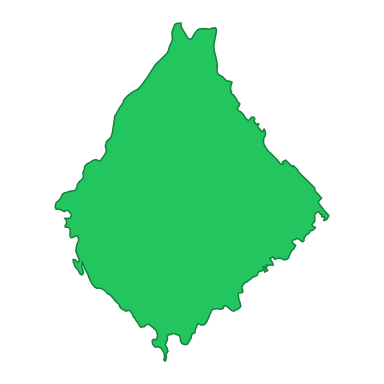 outline of Lapusnicu Mare, Caras-Severin, Romania
{"feature_id": "2599482B82081926403008", "entity_name": "Lapusnicu Mare", "entity_type": "district", "adm_level": 2, "iso_a3": "ROU", "parent_name": "Romania", "parent_adm1": "Caras-Severin", "projection": "orthographic", "projection_center": [21.88, 44.901], "detail": "fine", "context": "isolated", "style": "filled", "palette": "green", "viewbox_px": 384, "rotation_deg": 0, "n_neighbors": 0, "source": "geoboundaries", "source_scale": "gbopen_adm2", "svg_char_len": 5963}
<svg xmlns="http://www.w3.org/2000/svg" viewBox="0 0 384 384"><path d="M182.7,343.9L184.6,344.6L185.7,344.6L187.6,344.1L189.4,340.9L191.1,338.2L191.9,334.0L194.6,333.0L195.1,332.0L195.2,330.4L195.7,328.4L196.5,327.1L197.0,325.2L197.6,324.1L198.6,324.0L201.5,325.1L203.3,325.0L204.4,324.4L205.7,323.4L206.6,321.9L208.1,318.9L211.3,311.1L212.9,309.2L217.6,308.7L220.8,309.3L223.4,308.3L223.4,307.2L224.2,306.0L225.2,305.9L226.2,306.2L227.1,306.5L228.1,307.3L230.2,309.4L231.8,310.5L234.0,311.2L235.1,310.3L238.6,308.7L240.2,307.2L240.8,306.0L239.9,302.4L238.8,299.0L238.2,293.8L239.4,292.9L242.1,292.7L242.9,291.7L242.7,290.1L242.0,288.6L241.9,286.9L242.8,285.4L245.0,282.6L245.9,282.4L247.1,281.8L248.5,280.4L250.5,279.3L251.3,278.5L251.8,277.8L256.4,275.8L257.3,275.1L258.2,272.4L260.0,271.2L261.3,271.2L263.0,269.9L264.3,271.0L264.7,272.1L267.7,270.5L267.2,269.5L265.9,268.6L263.0,267.8L263.1,266.8L263.6,266.7L265.9,267.6L266.5,267.4L266.9,266.6L266.5,266.0L266.2,265.3L267.5,265.5L269.4,265.1L271.6,265.0L273.0,265.3L273.1,264.9L272.8,263.4L272.0,261.8L270.0,258.7L272.9,256.8L274.9,259.4L277.4,258.3L280.3,258.0L283.4,259.7L285.7,259.7L287.3,259.1L288.6,257.8L289.4,255.3L291.3,251.3L294.0,248.5L295.6,245.3L293.8,243.9L293.0,243.1L292.0,241.6L292.8,240.1L294.3,239.6L295.7,239.6L296.6,238.4L298.7,239.0L299.9,239.9L301.7,241.6L303.1,241.6L304.0,240.7L303.9,238.9L304.4,237.8L305.0,236.7L305.6,235.6L307.1,234.3L309.2,233.2L310.6,230.7L312.2,230.4L313.8,229.6L315.5,227.5L314.0,226.8L313.4,226.3L312.6,225.9L312.0,224.6L312.7,223.4L314.0,222.4L314.7,221.5L314.7,220.5L314.9,219.3L314.9,218.1L314.6,216.6L315.0,214.3L316.4,212.7L318.1,212.1L319.4,212.1L319.7,212.5L320.2,214.1L320.7,214.5L321.7,214.5L321.9,214.6L321.7,216.4L322.2,216.9L322.8,217.2L323.7,216.7L324.1,216.6L324.5,217.5L324.6,218.3L323.7,220.2L324.2,220.7L326.6,219.5L327.4,218.4L328.7,216.0L328.6,215.2L324.2,210.6L321.2,206.5L318.9,203.6L318.1,202.3L318.6,201.9L319.4,200.5L321.6,198.1L314.9,190.7L314.7,187.8L297.9,171.4L297.9,170.1L293.4,165.6L292.1,166.5L285.7,160.1L282.4,161.9L283.4,163.8L280.7,164.0L279.6,163.1L279.0,162.0L277.6,160.3L274.0,156.7L270.5,153.0L268.2,151.2L265.2,146.6L263.5,143.0L263.7,140.7L263.7,138.3L265.1,136.1L265.6,133.3L264.9,130.3L264.1,129.1L263.4,130.1L263.2,131.5L261.8,131.7L260.3,129.7L258.5,127.9L257.5,125.9L258.0,125.5L258.4,125.1L258.6,124.5L258.7,123.9L257.4,123.8L256.0,124.1L255.3,122.8L254.5,122.2L253.8,121.3L254.5,119.9L254.8,118.4L253.7,117.3L252.4,117.0L251.5,117.2L250.2,118.7L249.1,120.4L248.0,120.2L246.8,119.4L245.8,118.3L242.7,113.5L240.8,111.9L238.2,110.4L237.3,108.8L239.4,105.2L239.8,103.9L239.2,103.1L238.2,102.2L237.3,101.2L236.5,99.0L233.8,95.3L231.6,93.7L231.1,92.9L231.6,91.7L230.8,89.9L230.4,88.1L232.0,82.2L230.8,81.6L229.4,81.2L228.0,81.0L226.6,80.9L222.5,76.7L220.1,75.5L217.9,74.0L216.9,70.5L217.4,67.0L217.1,63.8L215.9,57.2L214.2,50.7L213.8,45.2L216.3,32.0L216.4,29.2L215.3,27.7L214.1,28.5L213.8,28.2L213.5,27.9L212.7,27.9L211.0,28.8L210.1,29.0L209.2,29.1L208.3,29.1L206.8,28.7L202.8,28.7L199.3,29.0L197.5,30.0L195.5,32.3L192.7,36.6L191.4,39.3L188.7,38.7L187.6,37.7L181.1,26.8L181.0,23.0L176.4,23.5L174.7,24.6L172.7,29.7L171.9,33.3L172.4,39.3L172.4,39.5L171.9,41.1L171.3,42.6L170.6,44.1L169.8,45.5L168.4,50.5L166.9,53.5L155.5,64.5L151.3,70.9L147.2,77.5L140.1,87.0L137.4,89.5L132.6,91.9L127.5,95.9L124.0,99.7L122.9,103.0L119.8,107.5L116.0,114.3L114.7,116.0L114.4,119.4L112.3,133.0L110.8,137.4L108.9,139.4L106.8,141.2L105.4,145.3L105.4,146.3L105.6,147.3L105.8,148.3L106.1,149.3L106.2,151.8L104.2,155.4L100.7,160.2L99.1,161.1L97.1,159.9L94.6,159.8L91.9,160.9L90.4,162.3L88.5,163.0L86.7,164.1L84.9,166.1L84.2,169.8L82.9,172.5L83.4,176.4L83.1,178.1L81.3,180.0L79.3,181.7L77.5,184.3L76.7,187.8L75.6,189.8L74.1,190.6L70.1,191.2L68.7,191.6L66.8,192.3L64.9,192.8L63.5,193.4L62.4,194.3L61.6,195.8L61.0,197.3L58.6,200.8L57.0,201.7L55.8,203.4L55.4,205.5L55.3,207.6L56.2,209.4L57.8,209.1L59.5,209.3L62.0,210.3L64.3,211.6L65.6,210.8L67.2,210.3L68.7,211.1L71.0,214.1L71.2,215.9L70.1,218.0L67.5,218.5L66.2,218.2L64.8,218.4L65.6,219.3L66.3,220.3L66.3,220.5L66.6,221.8L66.5,222.8L66.2,223.8L65.7,224.8L65.1,225.6L65.3,227.2L66.9,227.2L68.5,227.6L69.3,228.1L69.9,228.8L70.1,229.1L70.1,231.1L70.1,232.7L69.9,234.3L70.1,236.3L70.9,237.7L73.2,237.4L76.1,235.5L76.9,236.0L77.6,236.7L78.2,237.5L78.6,238.4L78.6,239.8L78.4,241.1L78.3,241.5L77.0,244.0L76.0,249.0L75.9,250.4L76.0,252.1L77.4,255.0L78.5,258.1L79.2,259.1L79.2,260.5L78.8,261.4L78.2,262.2L77.3,261.9L75.2,259.7L73.1,259.6L73.3,261.8L75.0,266.5L78.1,270.3L80.3,274.2L82.1,274.9L83.5,273.2L83.0,270.2L82.0,267.3L81.9,265.8L82.0,265.2L82.2,263.9L82.6,262.7L84.7,268.4L88.2,275.0L88.9,277.7L91.1,282.0L92.3,284.3L95.0,287.3L96.8,288.2L99.5,288.1L101.0,288.5L103.6,289.8L105.8,291.4L106.2,291.8L106.5,292.5L107.4,293.7L108.6,294.3L109.4,294.4L110.5,295.4L113.4,298.4L115.0,300.7L119.1,304.5L119.6,306.3L120.6,308.1L123.0,309.6L124.0,309.9L124.5,310.5L125.3,310.9L126.1,311.1L128.4,310.4L129.0,310.4L129.5,310.5L130.2,311.1L130.7,311.7L132.9,314.8L132.9,316.1L133.5,317.1L134.5,317.5L135.9,320.4L136.9,321.5L139.8,326.2L140.8,327.3L141.7,327.0L144.4,326.7L146.1,324.7L147.3,324.4L148.7,324.5L150.2,325.4L154.4,328.8L156.3,330.8L156.8,332.2L157.1,333.9L157.6,335.9L157.0,337.7L156.3,339.3L155.7,339.8L154.5,339.5L153.5,339.3L152.2,340.5L152.2,341.9L152.7,344.2L154.3,346.4L155.5,347.1L158.3,346.9L160.0,347.5L161.2,348.3L162.9,350.9L163.9,353.0L164.4,354.7L164.4,355.9L164.5,356.9L164.3,358.3L163.9,359.5L164.1,360.3L164.7,360.9L165.3,361.0L166.1,359.0L166.3,358.3L166.2,357.6L166.4,357.1L166.5,356.4L166.3,355.8L165.8,355.2L167.0,352.8L168.0,351.2L167.7,350.3L167.5,350.1L167.2,348.6L166.7,347.3L165.7,345.8L165.3,344.8L166.2,342.4L167.5,339.5L167.6,338.5L167.2,337.5L167.5,335.9L168.4,335.0L169.7,334.6L171.3,334.5L172.2,333.8L173.5,333.6L174.5,333.7L175.8,334.1L179.6,335.9L179.9,336.7L180.4,339.0L180.6,341.3L181.6,343.0L182.7,343.9Z" fill="#22c55e" stroke="#15803d" stroke-width="1.5"/></svg>